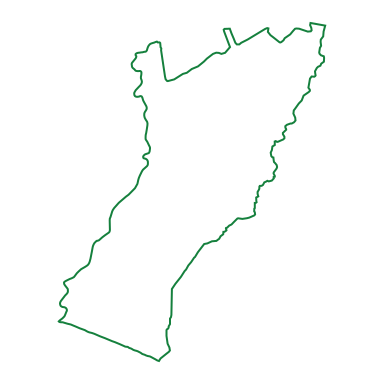 Tiquisate, Escuintla, Guatemala (orthographic projection)
{"feature_id": "79465075B69803572716764", "entity_name": "Tiquisate", "entity_type": "district", "adm_level": 2, "iso_a3": "GTM", "parent_name": "Guatemala", "parent_adm1": "Escuintla", "projection": "orthographic", "projection_center": [-91.43, 14.173], "detail": "fine", "context": "isolated", "style": "outline", "palette": "green", "viewbox_px": 384, "rotation_deg": 0, "n_neighbors": 0, "source": "geoboundaries", "source_scale": "gbopen_adm2", "svg_char_len": 5872}
<svg xmlns="http://www.w3.org/2000/svg" viewBox="0 0 384 384"><path d="M324.1,57.9L323.8,56.3L321.0,55.3L319.5,53.7L319.2,52.4L319.9,47.9L321.1,45.8L320.6,41.8L320.8,39.6L323.2,36.4L323.6,31.5L325.2,25.6L310.5,23.0L310.1,25.1L311.3,27.9L311.6,30.3L310.8,31.3L307.8,31.6L299.1,28.7L296.3,28.5L295.0,28.8L293.1,30.9L290.2,34.4L284.7,38.2L283.5,40.3L281.3,42.1L280.1,42.5L279.3,42.1L273.5,37.5L270.5,35.2L267.9,31.9L268.4,28.4L267.2,28.1L265.2,28.9L247.7,39.5L241.2,42.8L239.9,43.9L239.3,44.4L236.8,44.4L235.3,42.7L233.8,38.8L231.5,33.4L229.8,28.7L224.5,28.9L223.7,29.7L224.1,31.4L230.0,47.1L225.1,52.8L221.4,53.9L218.9,52.9L216.2,52.7L213.0,53.9L206.9,58.6L203.9,61.6L198.0,66.4L191.8,69.0L186.8,72.8L182.9,73.9L174.2,79.4L167.8,81.1L167.0,80.9L165.6,79.2L165.0,76.5L161.1,50.3L161.3,48.4L160.6,47.3L160.2,43.0L159.6,42.4L157.7,42.4L156.9,41.6L155.3,42.1L154.5,42.5L152.4,43.1L150.7,43.7L149.9,44.2L149.1,45.1L148.5,45.9L147.9,47.1L147.5,48.2L146.9,50.3L146.6,50.8L146.1,51.4L145.5,51.7L144.3,51.8L143.2,52.1L142.4,52.3L141.0,52.4L140.0,52.6L138.0,52.8L137.5,53.0L137.0,53.1L136.3,53.5L135.9,53.8L135.6,54.2L135.6,55.1L135.8,55.5L136.3,56.2L136.3,56.8L136.0,57.6L135.7,58.3L132.7,62.0L132.2,62.6L131.8,63.3L131.7,63.9L131.7,64.6L131.9,65.6L131.9,66.1L132.1,66.9L132.4,67.5L132.8,68.0L133.3,68.4L133.9,68.9L134.5,69.4L135.3,70.4L135.7,70.7L136.2,70.9L136.9,71.0L137.7,71.1L138.4,71.1L139.5,71.0L140.0,71.0L140.6,71.2L141.2,71.8L141.4,72.3L141.4,73.7L141.3,74.7L140.9,76.9L140.9,77.6L140.9,78.2L141.1,78.9L141.5,79.9L141.7,80.6L141.9,81.6L141.8,82.1L141.8,82.6L141.6,83.2L141.1,84.2L140.9,84.6L140.0,85.7L138.8,86.9L135.7,90.2L134.4,92.5L134.2,93.3L134.3,94.4L134.4,95.1L134.9,96.0L135.6,96.5L136.3,96.7L136.9,96.8L137.6,96.8L138.1,96.7L138.7,96.7L140.2,96.1L141.1,96.2L141.6,96.4L142.2,97.3L142.4,97.8L143.1,100.2L143.6,101.3L146.2,106.0L146.5,106.7L146.7,107.6L146.7,108.5L146.6,109.1L146.0,110.3L145.0,111.8L144.6,112.6L144.3,113.5L144.3,114.1L144.2,115.0L144.3,115.9L144.5,116.9L144.7,117.7L145.1,118.5L145.7,119.6L146.4,120.7L146.9,121.4L147.2,122.0L147.5,123.5L147.4,125.3L146.8,129.3L146.2,132.9L145.7,135.0L145.6,136.9L145.6,137.8L145.6,138.7L145.7,139.3L146.0,139.9L147.3,141.8L149.0,145.4L149.6,146.5L149.9,147.3L150.0,147.8L150.0,148.7L149.6,151.5L149.3,152.2L149.1,152.6L148.7,153.1L147.9,153.4L145.2,154.3L144.5,154.8L144.0,155.3L143.5,155.9L143.2,156.5L143.2,157.4L143.6,158.2L145.6,158.8L146.2,159.1L146.7,159.5L147.1,159.9L147.4,160.3L147.8,161.3L147.9,162.0L147.9,163.8L147.8,164.6L147.6,165.2L147.1,166.0L146.8,166.3L143.0,169.7L142.6,170.3L141.9,171.4L139.8,175.7L138.8,178.1L138.2,180.2L137.7,182.6L137.4,183.9L135.1,188.0L134.7,188.5L128.6,194.7L125.9,196.7L118.8,202.8L114.2,208.0L112.9,209.9L112.3,211.2L112.1,211.7L111.9,212.4L111.3,214.4L110.5,217.0L110.0,218.2L109.8,218.7L109.7,220.5L109.9,230.0L109.7,231.1L109.5,231.7L109.2,232.2L108.8,232.6L105.2,235.1L102.3,237.3L99.5,239.8L98.9,240.3L97.4,240.8L96.9,240.8L96.1,241.3L94.3,243.2L93.6,244.5L93.2,245.5L92.9,246.3L92.7,247.1L91.7,252.5L90.5,258.6L89.7,261.6L89.2,262.9L88.6,264.0L87.9,264.9L86.8,265.8L84.9,267.0L81.1,269.2L78.7,271.4L76.8,273.3L74.8,276.0L74.0,277.0L73.6,277.3L71.6,278.3L69.7,279.0L66.1,280.8L64.8,281.6L64.3,282.0L64.0,282.7L64.1,283.5L64.3,284.3L65.1,285.5L67.5,288.6L67.8,289.2L67.9,290.9L67.9,291.4L67.7,292.4L67.5,292.8L66.6,294.0L65.1,295.5L60.9,301.0L60.6,301.6L60.3,302.1L60.1,302.8L60.0,303.6L60.2,304.7L60.4,305.3L60.8,306.0L61.6,306.6L62.6,307.0L64.7,307.3L66.0,308.1L66.6,309.0L66.8,309.5L66.9,310.4L66.7,311.2L66.3,311.9L65.2,314.7L64.4,316.4L62.4,318.4L59.8,320.4L58.8,321.4L59.3,321.9L60.3,322.2L62.8,322.3L64.4,322.8L67.4,323.7L70.8,324.5L73.4,325.6L75.6,326.5L79.3,328.1L80.0,328.4L80.9,328.7L84.8,330.1L87.4,331.6L89.1,332.3L92.0,333.0L94.3,333.8L99.8,336.2L101.6,336.9L104.8,338.1L112.2,341.2L114.8,342.1L119.4,344.0L123.9,346.0L124.7,346.4L125.2,346.6L126.5,346.8L127.2,346.8L127.9,347.0L129.3,348.0L130.0,348.2L130.5,348.3L131.6,348.8L133.4,349.9L134.8,350.4L136.7,350.9L138.2,351.5L139.1,352.0L140.3,352.6L140.8,352.9L141.9,353.7L142.3,354.0L144.8,354.8L145.7,355.3L147.6,356.0L148.2,356.1L149.8,356.4L150.9,356.9L155.7,359.5L156.8,360.2L157.7,360.6L158.1,360.7L159.0,361.0L160.5,358.5L166.1,354.0L168.9,351.8L169.9,350.5L169.4,347.5L167.6,343.7L166.5,335.9L166.5,330.1L167.0,329.3L168.0,328.7L168.6,327.7L168.7,326.3L170.0,324.1L170.0,318.6L171.0,317.1L171.4,314.9L171.9,289.0L175.4,283.8L180.9,276.9L184.6,271.1L186.1,269.5L188.3,265.5L191.1,262.2L194.1,257.7L195.0,257.0L197.9,252.2L204.2,244.0L207.4,243.4L211.9,241.3L216.4,240.9L217.9,239.7L219.2,238.8L220.6,236.2L223.2,234.3L223.4,231.9L224.3,231.9L226.1,230.7L226.5,230.2L225.9,228.7L226.1,227.9L227.1,227.7L229.2,225.6L231.5,224.5L233.9,222.0L237.3,218.6L238.1,218.3L242.4,218.9L247.0,218.2L249.3,217.6L254.3,215.4L255.1,214.4L254.8,212.2L254.2,211.4L254.3,208.6L254.8,208.1L254.8,203.0L255.5,203.1L256.6,202.2L256.3,200.9L256.2,197.5L258.3,196.4L257.6,193.9L257.6,191.9L258.7,190.1L259.3,188.8L259.4,186.6L259.8,185.9L261.7,185.8L263.0,184.9L264.3,182.4L266.5,181.4L267.3,180.8L268.8,181.4L271.8,180.6L273.8,178.4L273.6,177.0L274.3,176.5L274.8,176.5L274.8,175.9L273.6,173.6L273.6,173.0L273.8,172.3L276.6,168.5L277.1,167.0L276.7,165.1L275.2,163.2L274.0,162.0L273.7,160.4L273.4,157.5L272.4,157.3L271.3,156.1L270.7,152.7L271.9,150.0L272.4,146.5L274.8,145.0L274.7,141.5L275.7,141.1L277.1,141.9L278.1,141.7L283.3,139.4L284.4,138.3L284.4,136.7L282.9,134.2L282.9,132.9L286.2,129.7L286.0,128.6L285.4,127.8L285.3,126.2L286.9,124.8L290.5,123.5L291.8,123.5L294.0,122.3L295.5,120.5L295.2,117.6L293.4,113.6L293.8,110.4L295.1,108.7L298.8,103.5L301.7,100.5L303.6,95.6L308.8,92.0L309.9,90.8L309.8,89.7L308.4,87.7L310.0,78.6L311.6,76.5L314.3,76.7L315.2,76.1L315.6,75.4L315.2,73.2L315.0,71.3L316.8,68.0L318.0,66.8L320.4,65.7L321.2,63.7L323.9,61.7L324.1,57.9Z" fill="none" stroke="#15803d" stroke-width="2"/></svg>